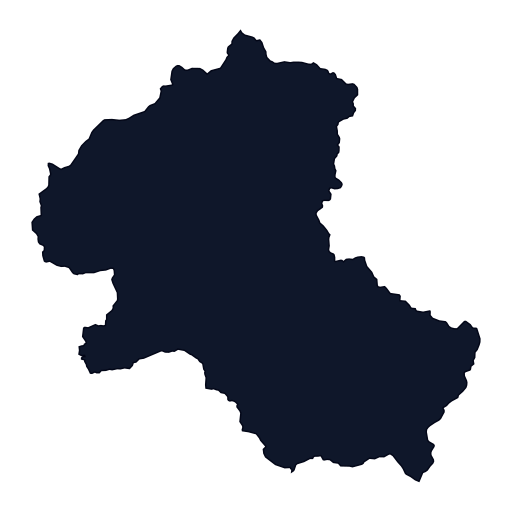 the district of Vo Nhai, Thái Nguyên, Vietnam
{"feature_id": "81297802B13645799597087", "entity_name": "Vo Nhai", "entity_type": "district", "adm_level": 2, "iso_a3": "VNM", "parent_name": "Vietnam", "parent_adm1": "Thái Nguyên", "projection": "orthographic", "projection_center": [106.082, 21.786], "detail": "fine", "context": "isolated", "style": "filled", "palette": "ink", "viewbox_px": 512, "rotation_deg": 0, "n_neighbors": 0, "source": "geoboundaries", "source_scale": "gbopen_adm2", "svg_char_len": 5955}
<svg xmlns="http://www.w3.org/2000/svg" viewBox="0 0 512 512"><path d="M355.4,108.5L353.2,106.0L353.2,103.8L352.4,101.7L354.3,97.8L357.5,94.8L357.5,89.5L356.9,87.5L354.0,84.4L352.5,83.9L348.0,84.5L346.0,84.1L341.5,79.6L336.6,78.6L335.3,74.6L334.0,73.1L333.0,72.8L330.6,74.1L329.2,73.8L328.6,73.2L327.9,71.2L327.1,70.3L325.1,69.4L320.1,68.7L316.6,64.8L313.4,62.9L311.9,64.1L310.7,64.4L308.2,64.2L301.9,62.5L298.8,62.3L293.3,62.3L290.3,62.8L284.4,61.9L277.2,63.5L274.5,63.4L272.0,61.7L270.2,61.1L266.7,57.4L265.9,54.2L265.8,51.8L263.5,47.7L261.8,42.5L259.8,40.0L256.8,40.7L255.9,40.4L254.1,38.1L252.3,37.2L244.6,35.1L241.7,32.8L240.5,30.7L238.2,33.6L233.9,38.0L232.1,41.3L232.0,44.0L228.4,46.9L227.8,48.2L227.3,52.3L227.5,53.2L228.7,54.7L228.7,55.6L227.0,57.4L226.1,59.7L220.5,68.3L211.2,70.8L207.2,74.2L202.8,70.2L199.8,68.6L192.0,68.5L187.9,70.2L185.8,70.3L184.4,69.8L181.8,67.4L179.2,65.8L177.7,65.7L176.3,66.2L173.4,68.7L172.1,71.2L170.9,79.6L172.8,84.3L172.3,85.0L171.2,85.3L165.6,86.2L163.3,86.1L162.2,86.8L160.5,88.8L161.3,91.0L159.9,97.9L155.0,103.7L150.1,105.6L148.6,106.8L144.8,111.6L133.9,115.3L129.2,118.3L125.9,119.8L119.4,120.4L111.9,119.6L104.7,119.9L103.4,120.6L93.6,130.1L91.9,132.5L89.2,139.0L85.9,141.5L81.7,145.8L79.0,150.4L78.6,153.8L78.2,154.5L70.8,165.2L69.1,166.4L64.6,167.7L61.1,169.4L59.5,168.7L52.4,164.2L49.3,163.3L48.4,163.5L48.3,165.7L49.6,168.6L50.7,173.8L50.6,174.9L49.1,176.8L48.9,185.3L48.0,187.2L46.6,188.7L39.2,194.1L40.3,198.8L40.0,201.6L41.5,205.7L41.0,207.5L41.3,215.2L40.8,215.7L36.9,216.8L34.3,219.1L32.1,222.3L32.6,230.0L36.6,233.6L38.3,236.5L38.1,239.0L38.5,241.9L39.8,243.8L43.3,245.3L44.5,246.7L44.3,250.5L42.7,252.1L42.9,255.7L44.4,261.0L45.2,261.6L46.3,261.9L49.8,261.1L56.9,265.2L61.2,266.3L64.8,266.1L68.6,267.3L69.4,267.8L72.7,272.6L74.0,273.7L77.5,274.5L78.5,273.6L82.8,273.7L85.5,272.6L93.8,272.6L100.1,270.5L105.8,269.9L110.6,268.1L113.1,268.3L113.8,269.1L114.3,270.7L114.6,274.9L112.4,278.1L111.9,279.6L113.1,283.3L117.4,292.5L117.7,298.9L117.5,300.5L113.2,305.9L113.3,308.2L112.0,310.6L106.7,314.9L106.7,319.6L105.8,320.8L105.5,325.5L103.4,326.0L100.9,325.6L98.4,326.0L95.4,324.7L88.2,327.9L84.8,327.4L83.7,328.1L82.7,336.6L85.9,341.3L86.3,343.2L84.4,344.3L84.2,345.2L83.6,345.8L81.7,346.0L79.2,346.8L79.6,350.4L79.0,354.2L81.5,355.5L84.6,355.4L84.9,356.6L83.3,356.6L82.2,357.3L81.6,358.0L81.6,359.0L84.7,359.9L84.8,361.5L86.4,364.4L86.8,366.4L88.5,369.0L90.4,373.1L91.9,373.3L94.9,371.9L96.6,372.7L99.3,372.7L101.0,370.7L101.7,370.5L105.8,370.3L109.5,369.2L112.1,369.7L117.2,368.6L120.3,368.8L124.5,367.8L129.5,368.5L132.3,365.5L133.2,362.6L136.0,362.0L139.2,358.8L143.7,358.1L160.9,350.8L162.4,350.8L165.2,352.0L168.8,352.1L172.1,351.0L174.4,351.2L177.9,349.1L184.5,350.3L190.2,354.2L191.6,354.6L196.3,358.0L197.8,358.6L199.8,361.5L202.1,362.9L202.9,363.9L203.8,369.1L205.2,371.2L204.8,372.7L205.0,374.3L206.2,377.7L205.7,384.9L206.0,388.1L211.6,389.1L213.6,388.6L216.4,389.7L218.6,390.1L221.0,392.5L224.9,393.3L227.5,396.2L228.0,397.6L227.9,399.2L228.5,400.3L229.8,400.9L232.0,400.5L234.1,401.1L235.5,401.9L237.9,404.3L237.1,405.5L237.0,406.9L240.0,410.9L240.9,413.1L240.0,421.6L242.8,425.9L242.9,427.7L242.3,429.7L242.5,430.7L248.5,431.6L256.3,433.7L259.6,438.0L260.7,440.3L265.9,446.3L265.5,447.3L263.4,449.3L263.9,453.4L265.6,456.9L275.5,464.5L284.8,467.7L290.2,467.4L290.8,468.7L292.0,469.5L291.7,471.9L293.3,470.8L294.0,469.9L295.7,464.8L297.1,463.6L303.9,461.5L309.8,458.4L312.6,458.4L313.3,456.9L314.5,456.1L318.3,456.0L320.3,455.6L321.3,456.1L323.2,459.6L324.1,459.9L327.1,459.3L330.0,459.6L333.4,462.4L338.4,463.1L340.7,465.8L349.5,466.0L352.5,466.7L361.8,464.2L363.1,463.3L363.8,461.9L369.4,458.2L374.7,458.7L379.3,456.6L384.0,456.7L388.8,454.0L390.4,453.8L393.1,455.6L397.9,461.9L401.5,465.9L403.3,468.7L405.5,473.4L406.4,474.2L410.8,476.5L415.4,479.8L419.0,481.3L422.7,472.5L425.4,471.4L427.3,470.0L430.0,466.1L432.7,463.2L433.5,461.4L433.3,459.7L430.9,455.3L430.7,452.8L431.3,450.8L433.9,446.6L434.1,445.5L433.5,444.5L429.0,441.9L427.6,440.3L426.2,432.0L426.5,429.4L427.9,427.4L429.7,425.7L434.6,422.4L438.8,420.1L440.5,418.5L444.0,412.0L444.0,410.3L442.9,408.2L443.1,407.6L446.5,405.5L448.6,403.1L451.6,400.8L457.7,397.5L458.4,395.0L462.6,391.3L465.8,387.5L466.6,385.1L466.8,382.6L466.4,380.7L464.3,376.0L464.1,373.0L465.1,371.7L469.9,370.0L470.4,369.2L470.9,366.2L473.7,363.9L473.1,360.4L474.7,357.5L474.9,352.3L477.1,349.6L479.0,344.9L479.8,342.0L479.9,338.8L476.7,328.7L476.1,328.3L473.6,328.3L472.3,327.7L470.2,324.7L465.8,321.5L465.0,321.4L464.3,321.7L457.2,328.9L454.7,328.9L451.3,328.1L448.9,326.6L446.5,322.8L445.4,321.8L439.3,321.0L432.5,318.3L430.0,315.3L430.1,311.7L429.8,311.0L423.1,312.3L416.8,311.2L415.9,310.5L415.2,308.7L411.9,308.4L410.8,307.9L409.3,305.3L405.4,301.3L400.1,300.8L399.8,300.0L400.1,296.2L399.2,294.9L390.2,293.6L386.3,288.4L384.6,286.7L380.2,287.4L378.0,286.9L377.2,285.4L376.7,279.4L373.7,276.9L371.7,272.3L366.7,266.5L364.6,260.3L364.4,257.9L363.8,257.3L361.5,256.8L357.8,257.2L355.3,258.0L352.9,259.5L349.1,259.1L346.3,259.4L343.5,261.8L341.9,260.5L340.9,260.3L335.3,261.6L334.6,261.0L334.6,257.4L334.0,254.8L333.4,254.1L330.5,252.9L329.0,251.5L328.5,249.6L329.1,245.8L328.6,239.4L328.8,237.5L329.8,234.8L328.6,233.6L326.8,230.5L323.2,226.0L319.7,222.9L318.9,220.4L316.1,215.1L316.0,213.0L317.5,210.7L322.3,207.2L322.5,205.8L321.6,203.3L322.5,200.8L324.2,200.3L328.6,200.4L329.6,199.9L330.4,198.9L330.9,194.2L328.7,190.9L329.6,188.3L331.3,187.7L334.6,188.7L337.6,188.5L340.4,187.6L341.6,185.7L342.0,184.2L341.4,182.8L338.7,180.1L335.6,178.2L334.9,177.3L334.9,174.9L335.8,170.7L334.8,168.7L334.4,166.0L333.5,164.0L334.4,158.6L336.8,155.8L337.0,154.1L338.6,152.4L338.9,150.8L339.0,147.0L337.4,145.0L339.2,142.6L339.6,138.8L339.2,137.4L337.3,134.3L337.2,130.9L336.4,126.4L337.9,124.4L338.2,122.4L338.9,121.6L343.4,119.0L347.1,118.2L349.2,116.4L352.5,115.8L353.6,112.6L355.3,110.5L355.4,108.5Z" fill="#0f172a" stroke="#020617" stroke-width="1.5"/></svg>